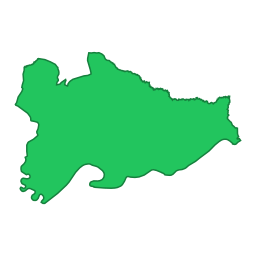 Mueang Ubon Ratchathani, Ubon Ratchathani, Thailand (Albers equal-area conic projection)
{"feature_id": "78962969B98641080977503", "entity_name": "Mueang Ubon Ratchathani", "entity_type": "district", "adm_level": 2, "iso_a3": "THA", "parent_name": "Thailand", "parent_adm1": "Ubon Ratchathani", "projection": "albers", "projection_center": [104.866, 15.298], "detail": "fine", "context": "isolated", "style": "filled", "palette": "green", "viewbox_px": 256, "rotation_deg": 0, "n_neighbors": 0, "source": "geoboundaries", "source_scale": "gbopen_adm2", "svg_char_len": 5676}
<svg xmlns="http://www.w3.org/2000/svg" viewBox="0 0 256 256"><path d="M182.3,99.0L181.9,99.7L181.4,99.3L180.1,99.8L178.9,99.1L178.4,99.8L178.4,100.3L176.9,100.3L176.2,99.3L175.7,99.4L175.3,98.9L174.4,98.9L174.3,99.4L172.7,99.5L172.4,100.0L172.2,99.6L172.4,99.1L171.7,99.1L171.4,98.5L171.0,98.3L170.7,97.9L170.3,97.9L169.6,96.5L169.1,96.4L169.3,96.0L169.2,94.4L168.9,94.4L168.7,94.0L168.5,93.0L168.7,92.8L169.0,93.0L169.1,92.8L168.4,92.1L167.5,92.2L167.2,91.6L167.5,90.8L167.4,90.5L166.5,90.9L165.6,90.1L165.1,90.2L165.1,90.7L164.0,90.7L162.8,89.9L162.8,89.1L162.0,88.7L161.4,89.2L160.6,88.4L159.9,88.8L159.9,89.2L159.4,89.3L159.0,88.8L158.7,89.0L158.4,88.9L158.2,89.3L158.0,89.1L158.1,88.7L157.8,88.4L157.4,88.9L156.1,88.4L155.7,89.3L154.8,89.9L154.2,89.8L154.1,89.2L153.5,89.7L153.4,89.0L153.0,88.8L153.4,88.4L153.1,88.1L152.4,87.6L151.9,87.7L151.7,87.4L151.3,87.6L150.7,87.3L150.7,86.9L150.3,87.1L149.9,86.6L150.5,86.5L149.9,85.7L149.4,85.7L149.7,84.8L149.2,84.1L149.3,82.4L147.7,82.6L146.7,81.8L145.6,82.8L145.1,82.8L145.0,82.0L144.4,81.1L143.9,81.6L143.4,81.2L143.0,81.3L142.9,81.8L142.6,81.8L142.5,81.3L141.8,80.6L141.2,80.5L141.3,79.4L140.4,78.9L140.7,78.0L139.9,77.8L140.0,77.0L139.6,76.7L139.3,76.0L137.9,75.1L137.6,75.2L137.4,74.6L136.7,74.6L136.5,74.9L135.9,74.7L135.6,74.1L135.1,74.1L134.6,73.6L133.0,73.7L132.1,73.4L131.8,72.5L130.3,71.5L129.6,71.6L129.4,71.8L128.5,71.8L127.9,70.9L125.4,71.3L125.0,71.6L124.5,71.2L124.2,71.3L123.7,70.9L123.2,71.1L122.4,70.6L121.3,70.6L120.7,70.1L119.2,69.8L118.7,69.4L117.4,69.0L117.3,68.2L115.9,67.5L115.7,66.7L114.6,65.1L114.5,64.3L113.6,64.2L112.8,63.0L112.4,63.3L111.5,62.2L110.7,62.1L109.4,60.6L107.1,60.3L106.2,59.8L105.1,58.7L104.0,55.9L103.3,55.2L101.8,54.0L98.9,52.7L96.8,53.0L94.1,52.6L91.4,53.0L88.8,52.8L87.7,58.2L87.6,60.5L90.3,69.7L91.0,72.9L91.0,74.0L88.0,75.4L83.9,75.9L72.9,79.3L70.4,81.0L69.3,82.1L68.1,83.8L67.6,85.9L67.3,86.0L64.7,84.7L65.1,82.3L65.9,80.5L65.6,79.5L61.3,82.5L59.8,84.2L56.6,84.8L56.8,82.9L57.4,81.5L58.3,80.7L58.2,79.2L57.5,78.4L57.4,77.9L57.6,76.2L58.8,74.2L58.9,72.4L58.7,70.9L57.9,68.9L57.8,67.4L57.3,67.1L55.3,64.4L50.3,61.8L44.9,59.6L38.5,58.6L38.3,59.0L37.7,58.9L37.2,60.0L35.9,60.9L35.3,62.0L34.3,61.9L33.9,62.2L33.9,63.3L33.7,63.6L33.2,63.6L32.6,64.5L31.9,64.4L30.5,65.2L29.3,65.1L28.6,65.6L28.0,65.5L27.4,65.9L27.0,65.8L26.4,66.0L26.5,66.8L25.2,67.1L24.9,66.6L24.2,67.3L24.2,70.3L23.1,74.2L23.6,80.7L22.3,84.9L21.8,87.5L22.7,88.4L22.7,89.0L21.9,91.4L18.2,97.0L16.6,102.7L15.4,104.4L15.8,105.2L17.8,106.0L27.6,113.2L30.2,116.7L30.7,118.2L30.8,120.2L31.2,120.8L34.4,121.4L37.2,122.2L38.3,123.2L38.8,124.7L38.1,128.7L36.8,131.6L36.9,132.9L37.8,134.7L37.8,135.5L33.4,139.3L28.5,142.0L27.9,142.7L26.8,145.1L26.8,151.4L27.3,155.9L26.9,156.4L25.2,157.3L25.9,159.4L25.5,161.6L24.2,163.6L21.4,166.3L21.1,167.2L21.0,169.1L21.4,171.2L21.8,171.7L26.4,174.7L28.0,174.1L28.8,174.3L29.8,175.3L30.1,177.0L29.5,178.0L28.0,178.7L26.6,178.8L23.3,178.2L22.4,178.5L21.5,179.3L21.1,180.2L21.0,181.4L21.7,183.1L22.3,183.8L25.2,185.2L25.6,185.8L25.7,186.4L25.1,187.9L24.2,188.4L23.2,188.3L21.4,187.3L20.8,187.3L20.2,188.4L20.6,189.7L21.8,191.0L22.7,191.4L23.6,191.4L25.4,190.7L27.6,188.8L29.1,188.4L30.4,188.6L34.7,190.6L35.2,191.6L35.0,193.1L34.4,193.8L32.2,195.3L31.5,197.1L31.6,198.2L32.0,199.0L32.8,199.9L33.9,200.4L35.7,200.4L36.7,200.0L38.1,198.4L39.5,194.9L40.6,194.2L41.7,194.4L43.3,196.0L43.8,197.8L43.5,199.1L41.7,201.1L41.2,202.3L43.0,203.4L44.7,203.4L57.7,193.3L66.3,185.2L69.0,182.1L75.6,172.3L79.7,167.8L82.6,165.6L83.9,164.9L85.7,164.3L88.3,163.9L90.0,164.0L92.3,165.2L96.3,166.3L98.1,167.1L102.6,170.7L103.8,172.6L104.3,174.2L104.0,176.9L103.1,178.5L102.0,179.7L99.8,180.7L97.7,181.0L93.8,180.9L91.0,181.9L90.3,182.5L89.8,183.8L89.8,185.0L90.2,185.7L91.0,186.1L93.7,186.6L93.8,187.0L95.1,187.3L104.4,188.0L111.2,188.2L114.8,188.0L117.4,187.5L120.8,186.0L122.3,184.7L124.5,181.2L126.0,177.7L127.0,176.7L128.0,176.5L130.6,177.1L134.9,177.4L139.1,176.9L144.3,175.0L151.6,170.0L153.4,169.7L156.5,170.4L161.4,172.4L161.9,172.8L162.3,172.8L164.4,174.0L164.7,174.7L165.9,175.0L169.8,175.3L171.3,175.1L173.0,174.2L176.4,170.8L178.8,169.9L182.1,169.5L184.8,168.5L186.1,167.7L188.7,165.4L195.7,161.2L199.4,158.2L209.1,150.9L214.9,145.0L219.0,141.6L221.5,140.0L223.2,139.4L224.8,139.2L226.5,139.3L227.9,139.8L230.0,141.1L231.9,142.8L232.8,143.6L232.7,144.0L234.4,144.4L235.4,144.3L236.4,143.8L237.6,142.4L240.6,140.5L239.3,138.6L237.5,139.0L237.2,138.8L237.2,138.3L238.6,136.6L237.9,135.3L237.5,133.6L237.4,128.2L236.6,127.9L235.4,128.0L233.6,126.1L232.4,125.3L231.2,122.3L230.5,121.9L227.4,118.7L227.7,117.9L227.4,117.4L227.8,116.2L228.8,115.1L227.7,114.0L228.1,112.1L227.9,111.3L228.3,110.6L227.8,109.6L227.2,109.3L228.2,107.7L228.1,104.9L228.9,104.5L229.2,102.5L229.7,102.4L229.8,101.0L229.3,98.4L229.6,96.3L228.6,96.2L228.6,96.9L228.2,97.9L227.5,97.5L227.1,96.9L226.7,97.2L225.6,96.5L225.0,96.7L225.1,97.3L224.6,97.0L223.4,96.9L223.1,97.7L221.4,97.5L221.1,97.9L219.7,97.3L219.1,98.0L218.4,98.1L218.2,99.2L217.3,99.3L217.2,100.3L216.7,100.7L216.3,101.8L215.6,102.3L214.2,102.8L213.5,103.8L213.1,103.8L212.7,103.1L211.4,102.5L210.5,103.0L210.3,103.4L209.0,103.7L207.5,102.8L207.4,101.4L206.5,101.4L206.2,101.0L205.1,101.9L204.4,101.9L203.6,100.6L203.3,100.8L203.5,101.3L203.1,101.4L202.3,100.3L201.4,99.5L201.0,99.4L200.5,99.8L199.8,98.9L199.4,98.6L198.8,99.0L198.1,99.0L197.5,98.6L197.5,98.0L197.0,98.1L196.9,97.6L196.1,97.8L196.0,99.0L194.8,99.8L194.2,99.7L194.1,98.8L193.8,98.7L192.3,99.3L190.4,98.9L190.2,99.8L189.8,99.9L189.1,99.6L188.8,100.3L188.4,99.6L186.1,99.3L185.9,99.5L186.0,100.0L185.7,100.2L184.8,100.0L183.3,99.0L182.3,99.0Z" fill="#22c55e" stroke="#15803d" stroke-width="1.5"/></svg>